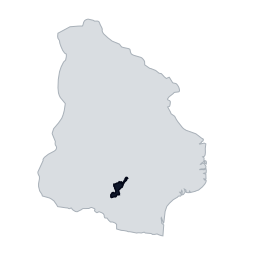 location of Mokwa, Niger, Nigeria, rotated 277°
{"feature_id": "59680162B23155718085687", "entity_name": "Mokwa", "entity_type": "district", "adm_level": 2, "iso_a3": "NGA", "parent_name": "Nigeria", "parent_adm1": "Niger", "projection": "mercator", "projection_center": [5.257, 9.194], "detail": "fine", "context": "in_parent", "style": "filled", "palette": "ink", "viewbox_px": 256, "rotation_deg": 277, "n_neighbors": 0, "source": "geoboundaries", "source_scale": "gbopen_adm2", "svg_char_len": 5512}
<svg xmlns="http://www.w3.org/2000/svg" viewBox="0 0 256 256"><g transform="rotate(277 128 128)"><path d="M213.5,46.9L221.4,58.1L223.1,66.3L223.7,70.4L225.0,70.8L227.5,71.1L229.3,71.9L230.4,73.2L231.0,74.5L231.2,75.2L230.7,80.2L230.0,81.9L230.4,84.4L230.3,85.4L230.0,86.1L228.9,86.9L227.4,87.7L223.8,90.1L222.8,90.4L221.3,90.5L220.0,91.1L218.5,92.3L215.1,97.0L212.3,101.7L210.2,109.3L207.7,111.7L207.3,113.8L206.9,118.6L206.5,120.0L206.1,120.4L203.4,121.3L201.8,122.4L200.9,124.6L199.7,131.9L199.3,133.1L198.4,134.3L197.0,135.7L195.8,136.4L192.7,136.9L189.8,142.4L189.8,143.4L188.5,148.4L186.2,152.1L186.0,154.5L183.2,157.8L181.8,160.0L183.3,162.4L183.4,162.8L178.5,166.7L178.2,167.3L178.0,170.0L177.6,170.8L176.7,171.8L175.4,172.9L174.1,173.7L172.6,174.3L171.1,174.6L170.3,174.2L169.9,173.4L169.1,170.0L168.6,169.3L167.7,168.7L164.0,165.0L161.7,163.7L161.2,163.8L160.8,164.1L160.2,166.0L159.5,166.7L158.4,166.9L156.3,166.9L154.8,166.7L154.4,166.3L153.7,164.8L149.0,168.2L147.4,169.0L145.3,172.9L142.4,174.9L140.4,176.6L135.0,182.0L133.9,183.6L132.8,186.0L130.5,196.1L126.8,202.4L126.3,203.8L126.1,203.7L125.6,204.3L124.1,203.9L123.5,202.8L122.6,202.6L121.0,200.8L120.7,201.1L122.3,205.5L121.7,207.2L117.1,207.2L113.2,207.8L110.5,207.8L109.1,207.1L108.5,205.5L108.3,205.7L108.2,206.6L107.3,207.2L104.3,207.4L102.9,206.3L101.9,205.0L100.7,204.4L100.9,205.0L102.2,206.2L102.0,207.9L99.6,210.0L98.0,210.1L97.1,209.2L96.6,207.8L96.3,205.7L95.7,204.3L95.4,204.3L95.8,206.6L95.8,208.7L97.0,210.4L95.2,210.9L93.0,211.0L92.8,210.3L92.5,209.0L92.1,208.6L91.7,210.9L87.3,211.6L86.7,211.5L86.5,211.1L86.9,210.4L86.8,209.4L85.8,210.2L85.6,211.8L85.1,212.1L83.4,211.8L81.6,211.0L78.6,209.0L75.0,205.6L74.4,204.2L73.3,202.3L71.4,197.3L71.8,197.1L72.6,197.3L73.0,196.9L71.5,196.5L71.2,196.1L71.1,195.0L71.2,193.7L73.5,193.0L74.0,192.1L74.3,191.3L71.5,192.6L68.8,191.1L68.3,190.3L68.5,189.6L71.6,189.6L72.7,188.9L72.0,188.7L70.9,188.7L70.4,188.3L70.5,187.2L70.1,187.5L69.6,188.4L67.8,189.1L66.8,188.4L66.7,186.9L66.4,186.2L65.5,185.7L62.4,181.7L58.5,178.4L55.0,176.1L49.7,175.0L38.7,175.1L38.0,174.7L38.7,174.2L39.7,173.9L43.2,172.0L42.6,171.8L39.0,172.9L37.7,173.0L36.1,175.3L25.2,175.8L25.2,174.7L25.7,171.8L26.4,169.8L25.6,167.3L25.4,165.1L25.9,164.4L26.1,163.6L25.9,157.9L26.5,157.1L26.5,156.5L25.4,154.0L25.4,152.2L25.2,150.4L24.8,149.6L25.3,142.6L25.1,140.9L25.5,139.6L25.7,136.6L25.6,133.7L26.4,129.0L31.0,128.4L32.2,126.6L32.8,124.3L32.6,122.0L34.1,120.0L36.0,118.2L35.9,116.2L36.4,115.6L37.3,115.2L38.5,115.0L39.9,114.0L40.7,112.3L41.4,109.5L40.2,107.6L40.2,107.2L40.7,106.2L41.4,105.2L42.0,104.8L43.4,105.1L43.8,104.7L44.7,101.7L44.6,100.9L43.3,98.9L42.6,93.4L42.3,92.7L41.3,91.7L38.7,87.8L38.7,86.0L39.8,83.6L40.5,82.5L41.5,81.9L41.7,81.3L41.4,80.7L40.9,80.2L40.8,79.1L41.3,77.7L41.2,76.1L41.4,67.8L43.6,66.1L46.6,63.4L48.2,60.6L49.0,58.5L50.1,51.3L51.7,50.6L54.8,48.0L59.0,46.4L61.8,46.0L66.6,46.3L69.0,46.0L71.1,44.6L72.0,44.2L73.3,43.9L85.3,47.7L86.4,47.5L87.3,47.8L88.8,48.7L92.3,52.2L96.0,57.5L97.1,58.7L98.3,59.3L99.5,59.5L100.4,59.4L101.2,58.9L102.4,57.9L104.1,57.5L105.6,57.6L113.0,53.5L113.7,53.4L118.3,54.3L124.5,58.4L129.6,61.1L133.2,62.0L137.4,62.6L144.6,62.8L150.0,57.1L152.0,55.8L154.4,54.7L159.4,53.6L167.8,52.9L175.6,53.2L180.5,54.2L185.6,56.0L187.8,57.8L191.3,58.1L193.8,57.8L194.6,56.0L197.1,53.7L200.8,51.5L203.9,50.0L206.4,49.3L208.6,47.5L210.4,47.0L213.5,46.9ZM104.6,209.6L102.9,210.1L101.8,210.0L103.3,207.7L104.1,208.2L105.0,208.4L104.6,209.6Z" fill="#d9dde1" stroke="#a8b0b8" stroke-width="1"/><path d="M60.7,127.3L60.8,127.2L60.9,127.3L61.1,127.5L61.4,127.5L61.5,127.5L61.8,127.5L62.2,127.4L62.4,127.3L62.5,127.2L62.8,126.9L63.1,126.9L63.3,126.9L63.5,126.8L63.8,126.7L64.2,126.5L64.3,126.4L64.6,126.3L64.8,126.2L65.1,126.3L65.4,126.4L65.7,126.6L65.9,127.0L66.0,127.1L66.3,127.2L66.7,127.5L67.1,127.7L67.6,128.0L67.8,128.4L68.2,128.9L68.4,129.3L68.7,129.4L68.9,129.5L69.2,129.6L69.5,129.6L69.8,129.7L70.0,129.8L70.4,130.0L70.6,130.0L70.8,129.9L71.2,129.9L71.3,130.0L71.6,130.2L71.9,130.2L72.2,130.2L72.4,130.3L72.5,130.4L72.8,130.5L73.0,130.8L73.4,130.9L73.7,130.9L73.9,130.9L74.1,131.1L74.2,131.3L74.3,131.4L74.5,131.6L74.7,131.8L75.0,131.9L75.2,132.0L75.3,132.2L75.5,132.5L75.9,132.8L76.3,132.8L76.6,132.9L76.8,132.9L77.1,132.9L77.4,133.0L77.6,133.4L78.0,133.8L78.3,133.5L78.5,133.4L78.7,133.2L78.8,132.6L78.2,132.2L78.4,131.9L77.9,131.6L77.7,131.5L77.3,131.3L77.1,131.4L76.8,131.3L76.6,131.3L76.1,131.2L75.8,131.0L75.6,130.9L75.5,130.7L75.3,130.7L75.2,130.7L74.7,130.5L74.6,130.4L74.4,130.4L74.1,130.3L73.9,130.2L73.7,129.9L73.5,129.6L73.4,129.5L73.3,129.4L73.2,129.6L72.6,129.4L72.5,129.0L72.2,128.8L71.9,128.8L71.9,128.7L72.0,128.5L72.1,128.3L72.3,128.1L72.5,128.1L72.8,128.0L73.0,128.0L73.3,128.1L73.5,128.0L73.7,127.9L73.6,127.6L73.5,127.4L73.5,127.1L72.9,126.9L73.4,126.3L73.6,125.8L72.6,125.3L72.4,125.3L71.9,123.7L71.3,122.8L71.0,122.6L70.9,122.2L70.6,121.4L70.5,120.8L68.6,121.0L68.4,121.2L68.0,121.7L67.6,121.9L67.4,122.0L67.1,122.0L66.5,122.2L66.2,122.4L66.0,122.5L65.7,122.7L65.6,122.8L65.4,122.9L65.3,123.0L65.2,123.1L64.7,123.3L64.2,123.5L63.9,123.7L63.4,123.7L63.0,123.5L62.8,123.5L62.7,123.4L62.4,123.4L62.2,123.3L62.1,123.2L61.8,122.7L61.8,122.4L61.8,121.9L62.2,121.2L61.8,120.2L60.7,119.7L59.6,119.1L57.4,119.4L57.0,120.1L57.4,121.2L58.1,122.4L58.1,122.6L58.1,123.0L58.1,123.4L58.1,123.5L58.2,124.1L58.6,124.5L59.4,124.8L59.9,125.0L60.0,125.1L60.3,125.2L60.6,125.5L60.6,126.0L60.5,126.4L60.5,126.7L60.7,127.3Z" fill="#0f172a" stroke="#020617" stroke-width="1.5"/></g></svg>